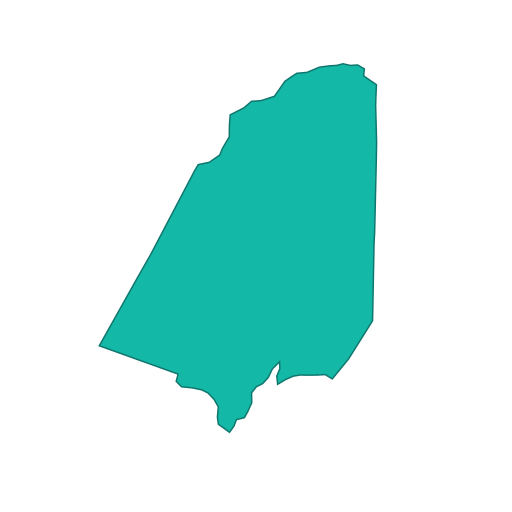 the district of Areia Branca, Sergipe, Brazil, rotated 156°
{"feature_id": "56859067B35376876870912", "entity_name": "Areia Branca", "entity_type": "district", "adm_level": 2, "iso_a3": "BRA", "parent_name": "Brazil", "parent_adm1": "Sergipe", "projection": "albers", "projection_center": [-37.332, -10.786], "detail": "fine", "context": "isolated", "style": "filled", "palette": "teal", "viewbox_px": 512, "rotation_deg": 156, "n_neighbors": 0, "source": "geoboundaries", "source_scale": "gbopen_adm2", "svg_char_len": 1025}
<svg xmlns="http://www.w3.org/2000/svg" viewBox="0 0 512 512"><g transform="rotate(156 256 256)"><path d="M435.7,237.7L375.2,179.8L379.9,173.9L377.2,166.8L367.9,161.5L360.4,156.1L355.6,150.5L352.6,141.9L351.8,133.5L356.8,124.5L358.8,117.6L351.9,105.7L345.3,109.6L340.4,114.5L332.4,113.0L327.2,116.9L319.6,123.6L315.7,132.8L308.8,136.4L301.9,136.7L294.2,140.0L287.0,146.2L277.5,149.8L280.0,143.4L285.9,137.8L288.4,130.0L279.3,131.1L270.9,131.1L264.0,129.3L256.3,125.7L248.1,122.2L241.0,119.5L236.3,112.7L213.3,124.3L175.9,149.4L172.4,156.8L142.6,220.4L138.2,228.9L107.0,294.9L99.9,310.1L85.4,345.0L81.8,352.5L76.3,363.5L80.6,370.5L84.4,376.8L80.9,382.9L85.5,389.2L92.3,391.7L98.3,396.2L104.8,397.3L111.4,399.8L121.2,402.7L134.7,403.0L144.4,406.3L151.6,405.2L158.6,403.8L174.2,394.4L188.3,395.9L197.1,399.1L207.1,396.2L222.1,395.5L226.9,386.7L231.9,375.8L237.3,371.9L242.8,368.0L248.1,363.0L260.6,360.6L271.6,363.0L277.5,358.8L351.5,300.3L372.3,285.0L435.7,237.7Z" fill="#14b8a6" stroke="#0f766e" stroke-width="1.5"/></g></svg>